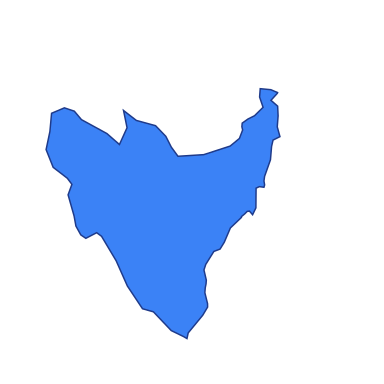 Ungheni, Equal Earth projection, rotated 245°
{"feature_id": "MDA-1623", "entity_name": "Ungheni", "entity_type": "District", "adm_level": 1, "iso_a3": "MDA", "parent_name": "Moldova", "parent_adm1": "", "projection": "equal_earth", "projection_center": [27.914, 47.242], "detail": "fine", "context": "isolated", "style": "filled", "palette": "blue", "viewbox_px": 384, "rotation_deg": 245, "n_neighbors": 0, "source": "natural_earth", "source_scale": "10m", "svg_char_len": 1129}
<svg xmlns="http://www.w3.org/2000/svg" viewBox="0 0 384 384"><g transform="rotate(245 192 192)"><path d="M233.6,305.9L224.6,302.2L215.0,296.8L205.0,295.1L204.8,287.4L199.7,283.4L188.0,276.7L175.5,264.4L171.6,261.9L167.7,260.8L165.9,259.2L168.4,255.3L168.4,251.7L150.6,243.2L145.8,237.3L150.4,236.0L151.1,233.8L149.9,230.6L148.8,226.4L148.1,226.1L143.2,211.6L132.8,200.0L128.4,193.3L128.9,186.7L120.6,173.9L116.3,169.9L106.0,167.7L102.8,165.9L99.7,163.6L95.3,161.1L84.2,158.9L81.1,157.5L75.8,149.7L65.9,129.0L61.3,125.5L64.6,123.2L75.2,114.6L99.7,106.4L107.1,97.8L134.1,93.7L161.7,94.2L190.1,91.3L195.4,88.4L194.9,76.2L200.1,73.1L210.2,72.4L220.1,75.0L241.8,78.5L249.7,86.4L257.2,84.8L273.0,76.6L292.1,77.7L306.9,88.8L322.7,98.0L322.2,111.9L315.0,119.5L304.3,122.4L280.9,139.6L265.7,146.3L277.7,160.3L294.8,164.4L280.4,171.8L267.5,187.0L253.5,191.8L241.5,192.2L230.3,194.4L220.9,218.4L217.5,246.0L220.5,257.6L226.8,264.1L230.1,264.8L233.2,266.6L234.5,273.6L234.7,280.9L238.7,292.2L249.5,293.4L256.8,297.5L251.4,306.7L245.9,311.6L245.4,311.1L241.7,302.3L233.6,305.9Z" fill="#3b82f6" stroke="#1e3a8a" stroke-width="1.5"/></g></svg>